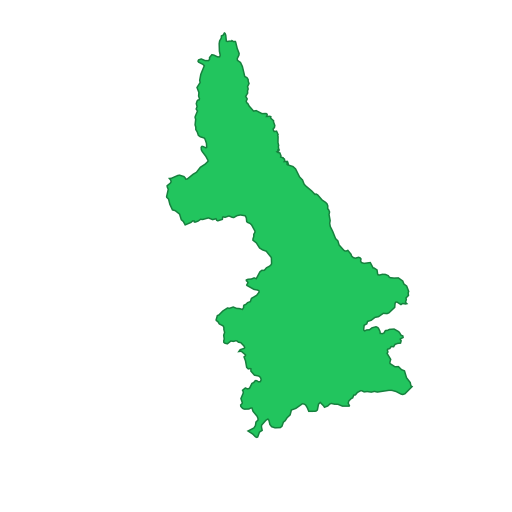 map outline of Shaanxi (Equal Earth projection), rotated 324°
{"feature_id": "CHN-1804", "entity_name": "Shaanxi", "entity_type": "Province", "adm_level": 1, "iso_a3": "CHN", "parent_name": "China", "parent_adm1": "", "projection": "equal_earth", "projection_center": [108.8, 35.643], "detail": "fine", "context": "isolated", "style": "filled", "palette": "green", "viewbox_px": 512, "rotation_deg": 324, "n_neighbors": 0, "source": "natural_earth", "source_scale": "10m", "svg_char_len": 6121}
<svg xmlns="http://www.w3.org/2000/svg" viewBox="0 0 512 512"><g transform="rotate(324 256 256)"><path d="M295.5,455.0L293.3,454.3L292.2,453.0L289.7,448.0L287.0,444.6L284.6,442.8L274.2,437.4L272.2,435.1L269.3,433.9L266.3,431.0L263.6,429.5L262.4,427.2L261.5,426.5L257.8,426.0L254.8,426.8L253.3,426.0L250.8,427.6L249.4,427.3L246.0,427.8L244.1,429.2L243.6,432.0L243.1,432.2L237.7,428.3L235.1,424.1L232.4,422.0L230.3,419.6L228.8,419.1L225.9,419.5L222.5,418.6L222.6,417.0L221.9,412.2L219.5,412.6L215.2,416.6L213.7,416.8L212.5,416.3L207.4,412.7L208.3,409.0L208.6,405.7L208.0,404.2L206.8,402.8L198.7,402.7L194.1,401.4L190.2,404.6L186.1,405.1L182.8,406.4L180.5,406.5L176.9,409.0L174.8,409.1L170.4,406.2L168.3,403.3L168.2,400.5L169.9,396.5L169.8,394.9L167.6,394.7L161.2,396.1L160.0,397.4L158.5,400.7L155.3,400.5L151.0,403.4L150.0,403.2L149.3,402.0L148.7,398.1L146.7,392.9L153.2,393.9L155.8,392.9L158.4,390.3L161.1,389.9L162.0,388.9L162.7,386.5L162.3,379.9L163.4,376.6L162.4,375.9L160.3,375.6L156.5,373.0L155.6,371.4L155.3,368.8L156.0,367.5L158.1,367.2L158.7,366.6L160.0,362.5L165.1,359.4L165.9,358.3L166.2,356.7L169.8,356.5L171.1,358.6L173.0,359.2L177.8,356.7L179.8,357.0L182.2,356.4L183.3,357.3L184.0,359.2L185.6,360.2L187.4,359.2L188.1,357.4L188.1,356.1L187.6,354.6L184.7,351.5L184.2,346.2L185.6,344.2L185.1,343.6L183.4,342.8L183.0,340.6L185.9,334.6L187.0,330.6L188.8,330.5L189.4,329.8L188.1,324.4L186.0,323.2L188.2,322.5L192.1,323.8L193.0,323.5L193.4,321.9L192.8,317.2L191.1,315.4L190.6,313.4L189.9,312.7L187.5,311.8L185.7,310.0L181.2,310.2L179.6,308.3L179.2,307.0L180.0,305.7L181.5,304.5L183.3,301.1L185.7,299.4L186.8,296.6L188.0,295.0L188.3,293.1L186.4,289.4L186.6,286.5L186.0,285.1L186.1,284.3L189.7,281.5L191.3,281.9L196.8,281.0L202.4,281.3L203.7,282.7L207.6,283.9L209.4,286.9L211.6,288.7L213.6,291.3L215.9,290.3L216.5,289.2L217.5,288.7L219.2,289.2L221.8,288.8L224.6,289.6L227.4,287.6L233.4,288.2L237.4,287.0L237.9,285.9L237.2,284.4L234.7,281.8L231.4,274.6L231.4,274.0L233.8,272.9L234.0,272.0L233.7,270.3L234.1,269.7L235.8,270.1L238.7,271.9L241.6,272.6L242.9,274.5L249.9,271.1L252.2,271.0L254.3,272.5L257.5,271.7L261.1,272.2L263.3,271.9L264.3,271.1L267.5,266.3L267.1,258.1L264.9,254.9L263.6,251.6L264.0,245.6L262.8,241.4L263.7,240.3L265.7,238.9L267.0,237.1L269.1,236.2L269.8,235.2L270.7,228.4L270.4,226.3L268.9,223.8L268.7,222.7L270.6,219.4L270.9,217.1L267.5,213.6L264.4,212.2L260.6,211.8L259.4,210.6L257.7,207.7L253.7,206.5L252.5,205.1L251.9,205.0L250.3,206.6L245.8,205.1L245.2,204.0L245.5,202.3L242.3,201.1L239.9,197.2L234.3,195.1L232.7,193.7L229.7,193.7L227.1,193.0L226.1,192.3L226.5,191.2L225.3,190.4L223.1,190.6L217.0,189.2L217.5,185.4L216.9,182.7L218.8,177.2L217.3,171.8L215.5,169.6L216.7,163.5L218.7,158.6L218.3,156.0L218.6,155.4L224.2,150.5L224.8,147.9L225.4,146.9L229.6,146.7L231.0,146.0L231.6,144.5L231.5,142.4L233.2,143.4L240.1,144.9L241.7,145.7L244.4,149.4L244.6,151.1L244.4,152.7L245.8,153.3L253.2,152.9L257.0,153.3L263.1,151.5L268.9,151.8L272.9,151.2L273.4,150.2L274.0,146.0L273.9,139.8L274.2,137.9L275.5,135.9L276.5,135.5L277.3,136.0L279.1,139.1L280.0,139.1L282.2,135.6L283.5,131.3L283.4,130.0L281.0,126.8L280.3,124.5L281.4,121.0L281.6,118.4L283.0,116.4L283.8,114.1L287.5,110.0L288.1,108.2L288.7,107.5L293.9,104.3L294.0,101.9L296.2,100.5L297.2,97.7L299.4,96.0L300.8,95.7L301.8,96.3L302.7,95.6L303.6,92.8L305.9,90.2L307.3,85.0L312.8,82.8L313.7,80.8L318.1,76.6L326.0,71.7L325.7,69.7L323.5,65.4L323.6,64.3L324.8,63.6L327.5,64.4L329.7,68.0L332.4,70.0L334.0,69.6L335.1,68.1L338.6,67.2L340.0,68.7L342.0,72.4L343.6,73.5L345.1,72.5L346.7,68.9L351.0,62.6L353.0,60.6L356.0,59.3L357.4,57.6L359.3,58.0L361.5,57.0L361.8,57.7L361.3,59.6L358.3,64.7L358.9,65.6L360.9,66.6L362.5,67.9L363.1,67.6L363.8,69.3L365.3,70.2L365.3,70.9L362.8,77.0L361.4,82.2L360.3,83.4L356.8,85.3L356.0,86.8L357.2,90.3L356.4,94.6L352.4,104.2L353.5,106.3L353.4,108.5L352.4,110.1L351.7,112.4L348.8,113.9L347.8,116.3L346.2,117.4L345.0,119.3L341.5,120.8L341.2,123.8L339.0,125.0L338.6,126.8L339.0,127.8L338.6,130.6L339.2,137.3L341.6,138.5L344.5,144.3L347.9,146.7L348.3,147.7L348.0,148.4L346.5,149.3L349.3,151.1L349.9,152.0L348.9,153.1L349.7,156.9L349.0,157.8L347.9,161.5L346.3,163.0L344.7,163.2L344.1,164.0L343.9,166.0L346.0,167.1L345.2,170.8L344.4,171.2L344.0,172.4L340.4,177.2L339.3,179.9L338.2,180.8L337.5,182.4L335.9,183.2L335.9,183.5L336.9,183.9L336.3,184.4L334.2,184.0L334.6,185.2L335.9,186.6L335.1,189.6L334.1,190.4L335.7,192.5L335.4,193.1L336.0,194.2L335.2,195.9L334.4,196.2L336.0,197.3L336.0,198.3L336.8,197.9L336.9,198.6L336.2,200.4L335.1,200.0L335.0,200.5L338.5,205.4L339.2,208.8L337.7,217.6L338.3,221.9L337.2,225.9L337.3,228.1L339.3,236.2L339.9,240.9L341.0,241.1L341.8,242.8L342.4,249.7L343.8,253.5L344.1,255.6L343.5,257.7L341.7,260.0L342.0,260.9L341.4,263.6L339.5,265.3L336.8,270.9L334.8,272.9L333.4,275.8L332.5,281.2L330.6,288.6L331.1,291.9L329.7,295.9L330.4,303.0L331.0,304.3L332.1,305.1L333.6,305.4L333.9,310.4L333.3,312.3L333.8,314.5L335.1,316.2L338.2,317.3L339.1,318.6L339.2,320.1L337.6,321.6L337.5,323.4L339.1,325.5L344.6,328.5L343.7,334.5L344.4,335.0L345.7,338.4L343.8,342.1L343.7,343.0L344.9,344.1L347.5,345.1L349.8,346.9L351.4,349.6L351.4,351.3L351.8,352.4L354.8,355.1L358.3,357.4L360.0,362.5L359.2,365.6L360.2,368.9L358.7,374.4L357.4,375.3L356.2,377.5L352.7,378.1L351.9,379.7L349.7,381.3L350.0,383.2L348.8,382.7L346.7,380.6L344.7,380.5L343.0,376.1L341.9,375.5L340.7,376.0L338.0,379.1L330.1,380.1L328.1,379.6L325.3,377.2L319.5,377.1L316.2,375.6L311.4,375.7L307.8,374.5L305.7,376.0L302.8,375.6L300.2,378.4L299.6,379.5L299.9,380.5L302.1,380.9L304.4,382.4L307.6,382.3L311.5,383.8L312.4,385.3L312.6,386.4L312.0,389.7L311.0,391.7L312.7,393.2L314.7,393.5L316.0,392.6L317.2,392.5L318.7,393.5L320.8,393.8L324.8,396.3L326.8,400.7L327.1,402.0L326.8,405.3L327.8,407.0L327.1,408.4L324.0,407.9L323.6,408.4L323.6,409.9L321.7,411.4L319.3,410.0L316.5,409.2L314.0,410.3L312.2,408.7L309.8,409.5L307.9,408.8L307.0,409.2L306.3,411.2L304.8,411.8L304.2,418.8L301.8,420.7L301.2,421.8L303.3,427.3L306.2,429.2L306.9,433.4L308.6,436.2L306.2,443.0L306.4,449.0L305.0,452.1L305.5,453.4L295.5,455.0Z" fill="#22c55e" stroke="#15803d" stroke-width="1.5"/></g></svg>